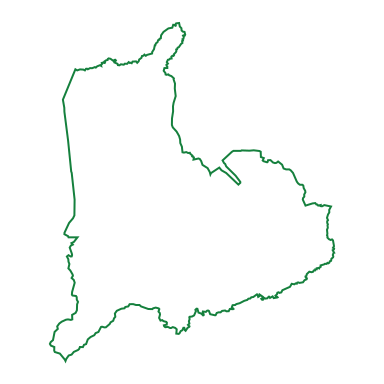 Mulanje, Mulanje, Malawi (Mercator projection)
{"feature_id": "42251766B75579143939980", "entity_name": "Mulanje", "entity_type": "district", "adm_level": 2, "iso_a3": "MWI", "parent_name": "Malawi", "parent_adm1": "Mulanje", "projection": "mercator", "projection_center": [35.53, -15.905], "detail": "fine", "context": "isolated", "style": "outline", "palette": "green", "viewbox_px": 384, "rotation_deg": 0, "n_neighbors": 0, "source": "geoboundaries", "source_scale": "gbopen_adm2", "svg_char_len": 5904}
<svg xmlns="http://www.w3.org/2000/svg" viewBox="0 0 384 384"><path d="M68.5,237.3L77.5,237.3L73.9,241.9L71.5,243.1L72.8,244.6L70.9,245.5L69.7,247.6L71.8,253.5L72.1,255.0L71.7,256.4L70.7,256.5L68.5,255.2L66.9,256.5L68.3,259.2L68.5,261.7L69.4,264.0L68.4,268.4L70.3,270.5L72.6,274.5L72.9,275.8L71.6,278.0L73.8,280.0L74.7,282.7L72.1,292.0L71.9,294.7L72.5,295.5L76.0,296.0L76.7,297.1L76.8,299.7L78.0,301.9L77.1,304.3L76.9,310.3L75.6,312.9L72.1,314.9L72.3,319.4L70.9,319.9L68.0,319.4L66.0,319.7L61.7,321.7L59.3,323.5L57.2,326.4L57.8,328.9L54.6,331.9L53.0,340.1L50.7,342.1L49.9,343.9L50.9,345.6L54.3,347.0L54.2,350.6L54.8,352.0L59.9,353.6L64.8,359.6L65.5,361.0L66.3,358.9L68.7,355.5L71.6,354.6L73.8,351.9L78.0,350.0L79.2,348.9L79.9,347.0L82.9,347.1L84.0,344.8L86.1,344.1L87.8,339.4L90.6,337.0L94.3,335.2L95.6,333.1L98.4,332.0L101.0,327.0L102.0,326.7L104.4,327.4L105.9,327.3L109.7,324.0L110.6,322.3L113.2,320.8L114.0,318.4L115.3,316.8L114.9,313.5L116.8,310.8L121.4,308.7L124.5,308.3L125.3,307.0L128.3,306.4L129.6,304.2L133.1,304.1L136.0,305.0L139.5,305.0L141.0,306.4L148.3,309.0L152.4,309.1L153.1,308.3L155.7,307.6L158.7,308.4L159.3,309.1L158.5,311.6L159.8,313.1L160.0,314.6L159.1,317.9L160.5,320.6L162.2,320.1L163.4,321.1L166.3,321.9L166.9,322.7L166.7,324.6L163.9,325.3L164.2,326.3L165.3,327.2L167.8,326.9L170.1,328.0L171.1,328.0L172.8,327.1L175.2,327.9L176.7,329.3L176.3,333.6L178.7,333.9L179.5,333.3L180.7,331.1L182.4,330.2L183.4,327.8L184.3,327.8L184.9,330.2L185.6,330.8L187.6,327.8L189.3,326.8L189.5,326.3L188.0,324.9L189.4,323.6L188.9,321.2L189.6,319.2L189.3,317.2L189.6,316.8L192.1,316.5L194.1,315.4L195.9,311.2L195.4,309.8L196.5,308.7L197.4,308.8L198.5,312.6L201.3,313.6L203.1,315.4L203.6,315.2L203.7,314.2L202.7,312.4L202.9,311.5L205.9,311.9L206.9,310.8L208.0,310.5L208.9,310.9L210.2,314.2L215.1,315.3L215.6,315.2L216.7,313.0L218.6,312.3L220.6,312.3L222.1,310.9L225.1,310.5L226.4,311.3L228.7,311.2L229.8,309.0L233.0,309.2L233.5,308.9L233.2,308.4L231.8,308.0L231.7,307.5L232.6,305.2L235.2,305.0L236.3,304.1L239.7,303.2L244.3,300.8L247.3,299.9L248.4,298.7L250.3,298.5L251.3,297.3L253.3,297.0L257.0,294.3L257.5,294.5L258.2,296.9L259.5,296.1L259.7,294.6L263.0,296.9L263.2,297.4L261.3,298.8L262.2,299.8L263.2,299.6L264.0,297.8L265.3,298.6L267.3,298.3L268.7,296.7L269.2,296.7L270.0,297.9L272.6,296.4L273.7,298.1L277.2,297.5L277.6,297.3L277.3,296.9L275.9,296.5L275.4,295.7L276.9,294.4L277.4,292.7L278.6,292.3L279.4,292.9L281.3,292.4L282.4,290.2L290.0,286.8L291.7,283.8L294.4,284.3L295.6,283.4L296.8,283.7L297.2,282.7L298.1,282.4L299.5,282.9L303.0,282.3L304.5,280.2L306.6,279.3L306.9,278.3L305.7,277.4L305.5,276.4L306.4,275.9L306.8,274.1L309.3,271.7L311.6,272.2L313.0,271.8L313.7,270.5L315.1,270.4L315.2,269.4L316.7,269.3L316.7,268.3L318.3,268.0L319.2,268.4L319.5,267.5L320.7,266.8L320.6,265.4L324.1,264.4L324.9,263.8L326.4,263.9L327.4,262.9L328.1,263.4L329.3,262.7L329.8,261.3L331.1,260.8L331.4,258.8L333.1,257.3L333.3,256.3L332.8,255.0L333.6,252.8L334.1,252.7L332.7,250.2L333.9,249.4L334.1,248.5L333.0,247.8L334.0,246.2L333.0,240.4L332.0,239.4L330.7,240.0L329.0,239.2L327.4,237.6L327.5,236.1L327.0,235.3L327.4,233.8L327.0,229.7L327.8,227.8L327.5,225.2L327.9,224.3L327.2,222.9L327.2,221.2L328.0,220.2L327.0,217.9L328.0,214.5L329.3,212.4L329.2,209.9L331.0,206.5L324.3,205.1L322.0,206.3L320.6,206.1L320.7,205.0L318.2,205.6L317.3,204.5L316.4,204.5L315.3,203.1L312.6,203.4L305.5,205.6L302.8,199.6L303.0,198.2L304.3,196.6L304.2,194.5L305.4,192.3L305.2,190.8L303.7,188.1L303.3,185.6L302.5,184.8L299.8,184.7L298.1,183.4L296.8,181.6L293.0,172.9L290.7,170.3L289.3,169.4L286.1,169.4L283.6,168.5L282.1,164.7L278.1,161.5L276.5,162.8L275.0,163.1L273.0,162.5L270.5,160.1L268.1,160.2L267.6,162.0L267.1,162.3L263.5,161.2L262.7,160.5L263.8,158.1L260.9,157.0L260.7,151.7L259.4,151.0L253.7,150.3L249.5,150.7L241.6,150.4L240.8,150.9L233.4,150.9L231.9,151.8L222.6,160.4L224.0,163.0L225.2,164.0L226.2,166.4L235.6,175.7L240.3,181.9L240.3,182.8L238.4,184.6L226.2,173.0L221.5,170.3L219.3,167.6L211.0,173.1L210.4,174.4L209.8,172.1L207.6,168.1L202.5,164.9L201.2,161.1L199.8,159.0L198.5,158.5L193.5,159.6L193.9,157.4L192.2,156.4L192.5,155.7L190.2,153.7L189.9,152.8L188.1,153.0L186.3,152.1L183.9,152.6L182.5,152.3L181.9,146.7L180.3,143.1L180.1,139.5L179.1,136.0L176.6,131.6L172.8,127.4L171.9,125.0L172.0,118.4L173.1,111.3L173.0,106.3L173.6,102.8L175.7,96.1L174.8,88.6L175.0,83.6L173.6,79.4L173.9,78.4L171.4,76.1L169.0,75.2L168.4,74.4L166.5,74.8L165.6,74.5L165.4,73.0L163.7,70.8L164.4,68.1L167.3,68.0L167.3,66.5L166.6,65.8L166.4,64.8L167.9,63.6L166.8,62.1L167.9,59.8L169.3,59.5L169.9,58.7L171.6,58.5L171.4,56.6L172.5,55.7L173.5,55.9L174.1,55.1L174.0,54.1L175.8,52.3L176.4,51.0L176.2,49.5L177.1,49.2L177.6,47.7L178.9,47.1L181.1,43.9L182.4,43.0L182.1,41.1L183.0,40.6L182.5,39.2L183.4,38.8L183.8,36.9L183.0,35.6L183.4,35.3L184.8,35.5L185.2,34.6L184.5,31.9L182.8,31.6L181.6,30.5L181.4,28.2L179.8,26.5L179.1,23.0L176.1,23.4L175.6,24.2L175.8,25.6L175.4,25.8L174.2,24.9L173.2,24.8L172.3,27.7L168.4,28.4L163.5,31.9L161.1,35.3L160.8,38.3L159.5,38.8L159.4,39.7L158.1,40.2L157.5,42.2L155.9,43.4L155.3,45.3L154.8,45.3L154.0,49.2L152.2,52.0L152.1,53.5L147.0,54.9L145.8,55.8L144.4,54.6L143.5,55.7L142.0,56.0L141.4,57.9L139.2,59.5L138.6,61.4L137.2,62.8L136.1,61.4L132.6,61.6L131.7,63.2L130.8,62.7L129.9,63.0L128.7,62.1L127.2,63.8L124.8,63.7L123.8,64.7L120.9,64.3L119.4,65.3L117.9,65.1L117.5,63.8L114.3,62.4L114.3,61.9L115.9,60.6L115.4,59.8L114.4,59.9L113.5,61.0L110.5,58.8L108.6,58.4L107.8,59.0L107.6,60.0L106.1,60.3L104.5,61.4L105.1,62.1L104.7,63.0L102.7,62.6L101.8,62.9L102.1,63.9L101.0,64.9L101.2,65.9L100.0,65.2L97.2,66.3L95.8,67.6L94.9,67.1L92.1,68.2L90.1,68.1L87.8,69.3L87.0,68.7L86.0,68.8L84.9,70.4L83.4,69.6L80.0,69.4L77.2,70.4L75.4,69.3L62.9,99.7L64.3,107.8L64.4,111.7L68.1,140.7L71.2,171.5L71.7,172.8L74.6,199.6L74.4,215.4L73.0,218.3L69.1,222.9L64.5,232.7L64.4,234.2L68.1,236.2L68.5,237.3Z" fill="none" stroke="#15803d" stroke-width="2"/></svg>